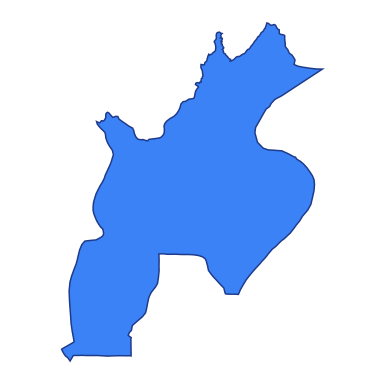 Mukh Kampul, Kândal, Cambodia (Albers equal-area conic projection)
{"feature_id": "14789045B82229492070205", "entity_name": "Mukh Kampul", "entity_type": "district", "adm_level": 2, "iso_a3": "KHM", "parent_name": "Cambodia", "parent_adm1": "Kândal", "projection": "albers", "projection_center": [104.942, 11.775], "detail": "fine", "context": "isolated", "style": "filled", "palette": "blue", "viewbox_px": 384, "rotation_deg": 0, "n_neighbors": 0, "source": "geoboundaries", "source_scale": "gbopen_adm2", "svg_char_len": 4776}
<svg xmlns="http://www.w3.org/2000/svg" viewBox="0 0 384 384"><path d="M96.6,121.6L97.3,124.1L98.8,126.1L100.7,128.3L103.4,130.8L105.0,132.6L105.5,134.9L105.9,138.2L107.5,142.6L109.6,146.3L112.4,150.4L113.4,154.7L112.5,157.5L111.0,162.6L109.5,166.0L107.9,169.5L105.3,175.1L104.4,178.0L102.7,181.6L100.0,186.0L97.5,190.9L96.1,193.8L94.5,198.9L93.5,202.6L93.1,206.9L93.1,210.4L93.9,213.9L95.4,217.8L96.9,221.2L98.7,224.2L100.7,227.1L102.6,228.8L103.2,230.7L103.6,233.4L103.0,235.6L101.0,237.3L96.1,239.9L90.6,240.4L84.9,241.1L81.9,244.5L79.7,249.7L78.5,254.5L77.2,260.1L76.1,264.2L74.7,267.6L71.7,275.8L70.0,282.0L69.1,290.9L69.5,300.8L70.1,309.2L70.7,317.1L71.1,323.5L72.3,331.8L73.6,338.7L74.1,341.9L70.1,344.3L65.3,347.0L61.6,349.2L62.6,351.4L64.0,353.8L65.6,356.1L67.7,357.6L70.1,361.0L73.3,355.5L80.6,355.4L81.6,355.3L85.8,355.5L86.8,355.5L92.9,355.5L97.5,355.5L107.7,356.1L108.6,356.0L118.0,355.7L122.0,355.7L126.0,355.8L129.1,355.7L131.1,355.9L130.9,338.9L131.2,337.6L129.2,336.2L128.2,335.4L129.3,332.6L131.4,330.4L132.3,325.5L137.9,320.6L142.3,316.9L145.5,312.9L146.3,310.0L147.4,304.2L148.6,298.4L149.5,295.9L151.3,292.3L155.5,287.0L157.5,283.5L158.4,277.7L159.1,270.8L159.0,265.8L159.1,260.5L158.9,253.9L163.2,253.8L166.5,254.2L169.6,254.3L175.1,254.2L181.6,254.5L188.6,254.5L193.9,254.8L198.9,255.6L202.7,256.9L205.3,258.9L206.2,260.9L207.4,265.3L208.5,270.5L210.9,273.8L213.1,276.6L216.7,280.4L219.3,283.3L221.5,285.7L223.8,287.9L224.8,291.9L225.4,293.8L227.3,294.1L230.7,294.2L235.1,294.2L238.4,294.4L240.4,289.7L243.2,284.8L246.2,279.8L250.1,274.8L253.2,271.1L256.7,267.2L259.5,264.2L261.9,261.3L264.1,259.0L265.9,257.0L267.2,255.3L268.0,254.2L270.1,251.7L272.3,249.1L275.7,246.5L278.8,243.3L281.9,240.3L283.1,239.6L284.8,238.2L287.8,235.3L290.2,233.1L291.7,231.2L293.6,228.8L296.0,225.4L299.7,220.9L302.5,216.2L306.1,212.0L307.8,210.0L310.8,204.5L311.1,203.5L311.3,202.6L312.4,197.9L314.0,190.6L314.5,184.4L314.0,179.6L313.2,177.7L312.3,175.6L309.4,171.2L306.9,167.7L303.6,164.1L301.0,161.8L296.8,159.2L295.5,157.2L293.6,156.7L289.9,154.6L286.9,153.1L284.4,152.0L281.8,150.8L280.1,150.7L278.5,150.6L277.2,150.5L272.2,150.1L268.3,149.9L263.2,148.2L257.5,142.3L254.9,132.8L255.6,127.5L260.5,118.9L263.4,113.7L266.2,109.0L269.6,106.5L271.2,103.4L274.6,99.7L276.8,98.3L280.0,96.7L281.8,95.7L287.6,91.9L293.2,88.2L322.4,69.1L316.5,69.0L309.5,68.2L302.3,67.1L298.0,66.2L295.1,65.0L294.1,64.4L295.0,59.9L293.3,57.0L292.0,55.1L290.6,54.2L289.1,52.9L288.3,50.9L287.8,49.7L286.0,47.5L285.2,46.2L285.3,43.7L284.9,41.1L284.7,38.6L284.7,35.6L283.8,35.0L282.5,34.7L281.5,34.5L280.3,34.2L279.3,33.6L279.3,31.8L279.2,29.8L277.8,29.1L276.8,27.8L275.9,25.8L275.0,24.8L274.2,24.5L272.3,25.1L270.6,25.3L269.8,24.5L268.3,23.3L266.8,23.0L266.2,25.3L265.4,27.6L264.3,29.2L263.1,31.3L261.1,32.8L260.4,34.2L259.2,36.0L257.9,36.8L256.7,38.9L255.6,40.3L254.5,41.5L253.7,42.9L252.4,44.7L251.0,46.2L250.3,47.5L249.3,48.9L247.6,49.6L246.0,51.6L244.7,53.5L242.7,54.2L241.5,54.9L239.4,56.5L237.9,56.5L237.0,56.7L236.0,57.3L234.8,58.6L233.1,60.0L232.3,60.4L231.4,60.9L230.2,61.1L230.5,60.1L230.6,59.3L229.7,59.2L228.9,58.5L227.0,56.1L225.8,55.1L225.4,54.0L223.6,52.9L223.3,51.0L223.0,50.1L222.3,49.3L223.3,48.6L223.8,47.9L222.7,46.1L222.2,45.4L222.3,44.3L221.3,43.7L221.6,42.6L221.0,41.4L222.0,41.5L221.7,40.2L222.2,39.4L222.3,38.3L221.4,38.0L220.3,37.9L221.1,36.8L220.7,35.5L221.4,34.2L222.1,33.5L220.9,33.2L219.4,32.1L217.3,32.6L216.6,33.5L216.2,35.1L216.4,38.0L215.9,39.5L214.6,40.9L214.2,41.9L214.9,43.0L215.3,44.2L215.8,47.0L215.6,49.2L215.4,50.9L214.3,51.7L213.2,52.5L212.4,53.2L212.0,54.0L211.0,54.5L210.1,54.5L209.4,55.3L208.7,54.4L208.3,55.5L207.8,56.2L207.7,57.5L207.2,58.3L207.1,59.5L206.8,60.7L206.2,61.5L205.1,62.3L204.7,63.1L204.5,64.4L203.8,65.0L202.2,64.6L201.0,64.5L200.9,66.7L201.0,67.9L201.7,69.5L202.2,70.2L202.4,71.4L202.7,74.3L203.1,75.7L202.5,76.5L202.2,78.0L201.3,78.7L201.3,79.9L200.9,80.8L201.1,82.2L199.9,82.1L199.4,83.1L197.6,82.6L196.7,82.8L195.8,83.3L195.4,84.2L196.2,85.2L198.2,86.3L198.3,87.3L196.7,89.3L195.6,91.2L195.1,93.4L194.6,96.2L193.9,98.3L191.8,98.8L188.7,99.2L186.0,101.2L183.1,101.7L181.0,103.9L179.8,108.2L178.5,110.9L176.4,114.0L174.0,116.3L170.3,118.4L166.8,121.0L165.6,122.5L164.7,123.8L164.0,126.1L164.4,129.3L164.2,132.8L163.3,134.8L162.3,136.0L161.1,137.2L160.1,137.7L158.1,138.2L155.6,138.5L153.6,138.8L150.0,139.2L148.8,139.5L147.5,140.9L144.8,140.2L143.0,139.5L141.3,139.8L137.9,139.2L135.8,136.8L134.3,133.3L133.8,130.7L132.6,128.1L129.0,126.2L125.2,123.5L121.1,120.7L119.0,119.1L118.3,117.5L117.8,116.5L115.9,116.3L112.8,117.4L111.3,115.8L108.8,112.9L107.7,112.3L106.8,112.7L105.9,113.8L105.7,115.9L105.9,117.3L104.6,119.8L103.6,121.0L101.5,120.7L99.7,122.8L97.9,122.3L96.6,121.6Z" fill="#3b82f6" stroke="#1e3a8a" stroke-width="1.5"/></svg>